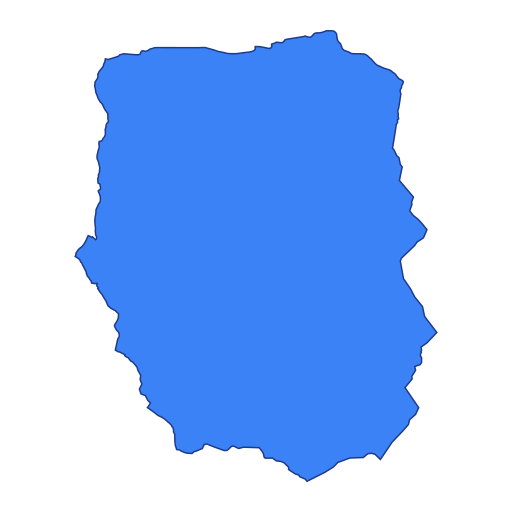 Baia De Aries, Alba, Romania (Robinson projection)
{"feature_id": "2599482B67435785044540", "entity_name": "Baia De Aries", "entity_type": "district", "adm_level": 2, "iso_a3": "ROU", "parent_name": "Romania", "parent_adm1": "Alba", "projection": "robinson", "projection_center": [23.287, 46.379], "detail": "fine", "context": "isolated", "style": "filled", "palette": "blue", "viewbox_px": 512, "rotation_deg": 0, "n_neighbors": 0, "source": "geoboundaries", "source_scale": "gbopen_adm2", "svg_char_len": 5501}
<svg xmlns="http://www.w3.org/2000/svg" viewBox="0 0 512 512"><path d="M380.4,459.5L392.0,442.3L403.0,430.7L408.4,424.5L409.6,419.7L415.5,414.5L418.7,407.7L405.0,387.6L412.1,379.0L411.8,376.3L415.6,370.3L414.7,366.5L420.0,364.7L421.5,362.7L421.6,357.7L420.5,356.0L420.5,353.9L421.4,352.3L421.1,351.5L421.6,350.3L421.0,347.1L426.9,342.9L436.8,332.5L434.7,329.7L424.6,316.5L422.5,306.6L419.9,303.4L414.6,296.8L412.6,292.9L410.6,289.0L410.4,288.7L404.9,280.7L403.5,278.7L400.3,261.1L401.4,258.2L414.6,245.6L417.0,242.1L423.5,237.8L426.5,230.8L426.9,229.4L425.5,228.0L422.9,224.6L418.4,219.6L413.0,215.2L409.7,210.8L412.0,204.2L411.5,202.5L413.4,197.0L399.4,180.5L402.2,166.9L400.4,164.6L398.9,157.5L397.0,156.0L393.7,149.3L392.5,148.3L392.6,147.4L392.8,146.5L393.5,142.3L396.4,124.1L397.6,122.5L397.4,119.8L398.0,119.4L398.6,118.9L398.5,117.8L398.1,116.7L398.2,115.0L398.3,113.7L397.9,112.3L397.8,110.7L398.6,108.3L399.5,103.0L400.6,95.6L400.9,94.0L400.1,91.4L400.3,90.4L400.3,89.5L400.7,89.0L401.4,87.9L401.6,86.8L401.5,85.8L402.6,84.3L403.0,83.1L403.3,81.8L403.2,81.5L402.4,80.6L400.9,79.7L399.3,78.9L398.7,78.5L397.7,77.3L396.2,75.5L395.5,74.3L394.3,73.3L392.9,72.4L391.7,71.3L389.8,70.1L388.7,69.6L387.4,69.3L385.3,68.6L384.3,68.3L383.5,68.0L381.7,67.2L379.7,66.2L378.5,65.8L377.0,65.1L374.8,63.2L374.1,62.2L373.0,61.2L372.3,60.3L371.6,59.4L369.4,57.6L368.1,56.3L366.4,55.0L365.9,54.7L365.3,54.4L364.3,54.1L363.4,54.0L361.9,53.9L360.0,53.8L358.4,53.8L355.9,53.8L354.6,53.7L353.4,53.7L352.3,53.6L351.4,53.5L350.6,53.1L349.8,52.6L349.0,52.1L347.5,51.6L345.7,50.9L344.7,50.6L344.1,50.3L343.6,49.8L342.7,49.1L342.3,48.5L342.0,47.9L341.7,46.9L341.2,45.9L341.0,45.0L340.7,44.1L340.3,43.4L339.5,42.8L338.7,42.0L338.0,41.0L337.9,40.6L337.7,40.1L337.4,39.7L337.3,39.0L337.2,38.4L337.1,37.5L337.0,36.9L336.7,36.4L336.7,35.6L336.7,34.8L336.5,34.2L336.2,33.3L335.9,32.9L335.4,32.4L335.0,32.0L334.2,31.3L333.2,31.0L332.1,30.8L330.9,30.8L329.1,30.8L327.4,30.7L326.2,30.8L324.9,31.4L323.8,31.8L321.9,32.4L320.0,32.8L317.5,32.9L315.8,33.0L314.6,33.4L313.6,34.2L312.8,35.1L311.7,36.4L310.7,37.0L309.7,37.2L308.4,37.1L307.2,36.8L305.1,36.0L303.8,36.5L301.5,36.9L294.1,38.1L287.1,39.2L285.1,39.7L283.9,41.3L282.6,42.5L281.0,42.7L278.2,42.4L276.3,42.2L275.0,43.0L271.6,44.1L271.5,45.2L272.0,46.5L270.7,48.1L268.5,48.4L264.4,47.5L260.1,46.7L258.0,46.6L255.4,46.5L255.1,46.9L255.3,49.0L254.5,50.2L252.5,51.3L249.8,52.0L245.1,52.5L240.1,53.2L235.9,53.7L231.6,53.7L227.8,53.5L223.6,52.5L218.4,51.5L213.4,49.8L204.9,47.5L197.5,47.7L155.1,47.6L149.7,49.2L147.5,50.8L145.1,51.3L143.2,50.8L141.7,51.0L140.8,52.2L140.0,54.2L138.1,54.8L134.1,54.6L130.1,54.3L126.9,54.0L123.6,53.8L119.6,54.9L118.4,56.3L113.3,57.9L108.2,59.5L105.4,58.8L105.2,60.0L104.7,62.1L104.2,63.1L103.6,64.6L103.2,66.3L101.6,68.5L99.1,71.6L97.8,74.2L98.0,76.5L97.4,78.5L95.0,82.2L94.7,86.0L95.6,90.4L95.9,92.6L97.0,95.2L98.2,98.6L100.0,101.6L102.5,104.4L103.3,106.3L104.2,108.2L104.8,109.4L106.5,111.7L107.8,113.7L107.9,115.7L107.9,119.1L108.3,120.4L108.3,121.8L107.0,123.3L106.2,124.8L105.9,127.1L105.2,129.6L105.4,133.9L105.0,135.6L104.3,137.1L103.3,138.0L102.6,139.4L102.0,140.6L100.9,141.2L99.2,141.4L99.1,141.8L98.9,142.9L99.0,144.8L99.2,146.5L99.0,148.3L98.1,150.6L97.9,152.0L97.5,153.6L97.0,155.9L97.1,158.7L97.9,160.4L98.5,162.1L99.4,166.1L99.8,167.9L99.5,170.8L99.4,172.5L98.4,174.8L98.5,176.5L97.7,178.8L97.8,180.2L98.1,183.1L98.7,183.5L99.8,184.0L100.5,187.3L100.5,189.1L98.3,190.7L98.3,191.6L98.8,192.6L99.4,193.9L100.3,196.5L100.4,199.9L100.1,201.8L98.4,204.4L96.0,209.8L95.9,213.1L95.2,216.9L94.8,220.2L95.1,225.0L95.5,228.0L95.3,231.1L95.7,235.0L96.7,237.0L96.3,239.2L95.6,239.7L94.7,238.9L92.4,236.8L91.5,237.4L90.6,236.6L88.2,235.6L86.2,240.1L84.1,243.9L82.2,246.4L79.6,248.4L78.2,249.8L76.1,252.9L75.8,255.0L75.2,256.5L78.6,258.6L79.6,259.7L80.1,260.5L80.8,262.1L81.8,262.9L82.3,264.1L82.4,264.7L83.4,266.5L84.2,268.0L84.7,269.0L85.9,271.3L86.5,273.1L86.3,273.5L87.2,275.1L87.3,276.1L87.9,276.7L88.8,277.6L89.2,278.5L91.3,281.4L91.6,283.1L93.4,283.2L93.8,283.5L94.9,283.7L96.6,283.4L97.1,283.4L97.4,283.6L96.8,284.7L96.8,285.9L98.4,287.8L97.7,288.5L100.3,292.5L101.9,294.3L104.2,298.2L106.1,301.2L107.1,303.8L108.1,305.9L110.8,308.2L113.6,309.8L115.1,310.5L118.5,313.8L118.3,318.1L117.4,320.4L114.6,324.9L114.5,326.2L116.4,329.9L118.1,331.7L118.7,332.6L119.4,334.9L119.0,337.0L117.8,338.9L115.3,350.1L118.1,351.8L119.4,351.9L125.0,354.7L124.7,355.6L126.2,356.9L128.4,357.8L129.2,359.1L130.5,360.8L131.3,361.4L132.5,361.8L135.1,364.7L137.1,367.3L138.0,370.5L140.6,375.2L140.6,377.2L140.1,378.7L140.5,380.8L141.9,384.0L139.4,389.1L141.0,393.9L145.3,395.5L146.5,397.8L147.9,400.5L150.4,402.9L149.1,405.3L147.4,407.6L154.5,412.6L155.6,413.5L156.6,414.4L158.5,415.7L161.4,417.0L163.9,418.5L165.4,419.7L171.1,424.8L171.6,425.8L172.1,426.8L173.1,427.7L173.3,429.3L173.7,430.0L173.4,431.8L174.0,432.4L174.1,433.3L174.8,434.5L174.8,439.9L175.3,445.5L175.8,446.7L176.6,449.5L179.8,450.0L180.8,450.9L184.9,452.6L186.9,453.1L192.0,453.5L194.2,451.5L195.4,451.4L202.4,448.5L204.2,444.5L206.8,444.0L214.6,447.1L224.1,450.5L226.2,450.5L227.4,450.2L231.8,446.2L233.6,446.1L238.7,448.5L243.4,447.2L259.2,447.7L262.0,451.2L263.4,453.7L264.2,457.3L265.2,458.1L272.5,458.1L276.4,460.9L280.7,461.4L284.1,462.8L288.7,467.3L288.6,469.6L295.4,474.0L298.9,475.1L299.6,476.6L305.2,479.1L307.0,481.3L324.9,472.3L333.5,466.9L337.9,462.4L349.9,458.0L363.4,457.5L367.8,453.7L371.8,453.3L375.2,454.4L380.4,459.5Z" fill="#3b82f6" stroke="#1e3a8a" stroke-width="1.5"/></svg>